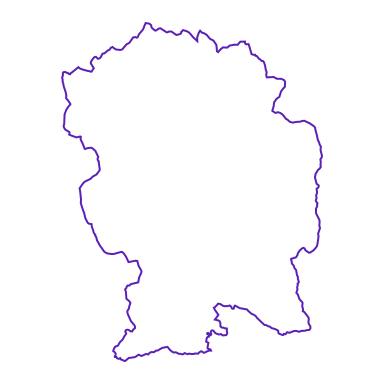 outline of Dien Bien Dong, Điện Biên, Vietnam
{"feature_id": "81297802B35707987060986", "entity_name": "Dien Bien Dong", "entity_type": "district", "adm_level": 2, "iso_a3": "VNM", "parent_name": "Vietnam", "parent_adm1": "Điện Biên", "projection": "natural_earth1", "projection_center": [103.27, 21.233], "detail": "fine", "context": "isolated", "style": "outline", "palette": "violet", "viewbox_px": 384, "rotation_deg": 0, "n_neighbors": 0, "source": "geoboundaries", "source_scale": "gbopen_adm2", "svg_char_len": 5906}
<svg xmlns="http://www.w3.org/2000/svg" viewBox="0 0 384 384"><path d="M78.4,67.2L71.2,73.0L70.5,73.3L70.3,74.0L70.0,74.3L69.2,74.1L67.6,72.8L66.6,72.8L65.3,72.0L63.4,72.2L62.9,73.0L62.9,75.5L62.1,77.6L62.7,79.9L62.6,81.8L63.2,83.3L63.8,86.6L65.7,92.2L66.3,95.7L66.1,98.2L68.3,100.8L70.4,104.0L70.3,104.6L68.9,105.9L66.4,109.6L64.6,114.2L64.2,123.9L63.6,126.3L64.3,128.1L65.4,129.7L69.3,132.0L69.6,132.5L69.2,134.6L69.4,134.8L76.4,137.4L80.1,136.5L80.7,136.6L80.9,137.0L80.6,138.1L80.7,139.7L82.4,143.0L84.7,148.8L85.2,149.0L87.6,148.1L91.1,147.7L92.3,148.2L95.4,150.9L98.3,157.1L97.7,158.2L97.6,159.7L98.9,161.8L98.7,162.2L99.8,169.6L99.4,170.6L96.5,174.5L92.7,176.6L90.6,178.8L84.5,181.8L82.8,183.7L79.6,188.3L80.2,191.7L81.0,199.4L80.8,203.2L82.9,209.8L84.1,212.9L85.3,218.0L87.3,222.1L88.1,223.1L89.0,223.7L91.6,224.1L91.8,226.8L93.1,230.1L93.8,232.9L95.3,234.8L95.2,235.7L96.1,236.8L97.0,240.3L99.7,245.2L104.4,251.9L107.2,253.4L112.1,254.1L114.0,253.9L121.3,251.9L122.1,252.0L123.7,253.3L126.1,256.8L128.5,262.1L135.7,260.7L137.3,261.0L138.7,266.1L141.2,270.4L141.5,271.2L141.2,273.1L140.1,275.2L139.1,277.7L138.2,282.4L130.9,284.1L129.5,285.5L127.7,285.5L126.8,286.5L126.3,288.0L125.1,289.4L125.9,291.8L126.4,298.8L128.9,300.8L130.1,302.3L130.4,303.1L129.3,306.2L128.9,308.6L127.3,311.0L127.5,313.3L130.9,321.1L134.6,325.5L134.9,326.5L135.1,328.0L133.3,329.5L132.1,331.5L130.5,331.2L128.5,329.9L127.6,329.7L126.1,330.0L125.6,330.6L125.3,331.8L126.2,333.1L126.2,333.7L124.0,336.8L122.8,339.4L119.9,342.2L117.9,345.7L115.2,346.6L113.9,348.8L113.2,351.0L114.9,352.4L115.7,353.8L115.7,354.8L114.9,356.4L114.9,357.0L116.4,357.0L117.0,358.2L117.8,358.6L119.3,358.8L120.2,358.1L121.1,359.6L122.8,360.1L124.2,360.9L125.2,361.0L128.7,358.0L134.5,357.2L135.7,356.7L138.6,354.7L141.5,356.0L145.9,354.0L148.4,354.4L149.0,353.4L151.0,352.1L154.0,352.1L155.9,350.7L157.7,350.5L162.2,347.9L167.2,346.9L167.9,347.3L170.0,350.0L172.4,351.9L173.7,352.5L175.9,352.3L179.0,353.9L180.5,353.8L182.3,354.4L183.2,354.2L184.5,353.1L187.6,354.2L189.1,353.6L191.0,354.0L193.7,354.0L194.8,353.5L198.2,353.6L199.5,352.2L201.1,351.3L201.7,351.3L203.1,352.4L204.2,352.8L208.1,350.9L209.1,350.6L211.0,350.6L210.7,349.8L210.0,349.3L207.7,348.5L207.5,347.7L208.4,342.7L206.5,341.9L206.1,341.3L206.9,337.7L207.5,337.1L209.0,336.6L209.3,336.0L208.6,334.9L207.2,334.0L207.2,333.4L207.5,333.0L208.2,333.0L209.5,334.1L210.8,334.9L211.3,334.0L210.7,332.8L210.8,331.9L211.5,330.5L212.2,330.4L213.6,330.8L214.9,332.7L216.4,333.7L219.0,334.5L221.1,334.1L222.7,335.4L226.2,335.1L227.1,333.8L227.2,332.1L226.8,330.9L226.9,328.9L226.7,328.4L224.8,328.3L223.2,327.6L221.9,327.6L221.0,327.0L220.4,326.3L220.4,323.1L219.6,321.2L218.1,320.4L214.9,319.6L218.4,314.9L214.8,309.7L213.9,307.7L215.1,307.0L217.4,304.6L217.8,303.8L218.3,303.7L220.2,304.0L223.2,305.9L224.1,306.1L227.6,306.1L229.7,305.5L231.2,306.7L231.9,308.4L233.2,308.8L233.6,308.7L233.8,308.2L234.6,305.8L235.1,305.6L239.7,308.1L247.1,309.5L248.2,310.9L251.3,313.6L254.4,315.1L255.8,316.2L257.1,318.0L264.4,324.9L266.4,325.2L268.5,326.4L269.8,326.6L271.7,328.1L274.9,329.0L277.5,330.2L278.2,331.0L278.4,333.0L279.1,333.7L282.8,335.1L283.6,334.7L283.9,333.9L285.5,334.1L287.2,332.2L289.4,332.8L293.5,331.2L295.2,330.9L296.8,331.0L298.8,331.8L301.5,330.9L305.3,330.7L306.9,330.1L309.3,329.9L310.1,329.0L310.4,328.3L310.3,326.1L308.8,324.0L308.4,322.0L308.8,319.3L308.5,317.5L304.4,312.1L302.8,311.2L303.1,309.6L302.2,306.0L302.6,303.4L302.3,302.3L299.4,299.1L297.8,294.3L296.4,292.9L296.4,292.5L297.5,289.4L297.1,287.5L297.8,285.2L297.5,283.8L298.7,282.4L298.8,281.8L297.9,279.0L297.8,276.6L297.0,275.2L296.1,270.1L294.5,268.1L293.7,265.5L291.9,263.6L291.6,260.9L291.0,259.7L291.2,258.8L295.9,257.4L297.4,255.2L297.7,253.8L298.6,252.0L300.8,249.4L302.7,248.0L303.5,247.9L304.6,248.4L305.4,250.1L306.2,250.9L309.0,252.7L310.0,252.7L313.8,250.1L316.3,247.1L316.9,246.1L317.3,244.9L318.4,237.7L318.5,235.9L318.1,233.7L320.0,228.0L319.9,227.3L319.3,226.0L319.6,221.9L319.4,219.9L316.4,214.1L316.0,212.9L316.0,208.7L317.2,206.2L317.0,204.7L317.5,203.7L317.4,203.0L316.2,201.6L315.8,200.6L316.1,199.4L316.6,198.3L316.1,195.6L317.1,192.7L316.6,188.8L318.4,187.4L318.8,185.8L318.5,185.2L316.6,183.8L314.9,177.2L315.7,173.7L318.3,169.5L319.4,169.0L320.8,166.9L320.5,165.2L320.8,162.3L320.4,159.3L321.9,157.1L321.9,155.5L320.7,150.8L320.6,148.7L320.9,146.5L319.8,144.9L319.1,142.4L317.9,140.1L316.8,134.9L315.3,129.3L315.2,128.0L314.2,126.4L309.7,123.3L304.4,120.8L302.5,120.9L300.0,121.7L296.5,121.9L292.7,122.6L290.7,122.1L289.5,121.5L287.4,119.6L286.0,118.9L282.8,114.8L280.4,113.0L277.9,112.2L276.1,112.8L275.1,112.8L272.3,110.8L273.6,106.5L274.1,102.4L276.6,98.8L279.4,96.8L281.0,91.5L283.0,88.8L284.9,86.7L285.1,81.8L284.1,80.1L281.1,78.8L276.9,78.8L273.6,77.0L266.9,77.4L266.6,77.0L266.2,74.6L266.7,72.2L265.9,70.2L265.0,65.4L263.9,62.1L262.9,61.0L261.6,60.9L260.1,59.4L259.2,59.0L256.7,56.0L255.5,55.8L255.2,54.8L253.5,54.8L251.6,54.2L248.8,44.6L248.4,44.1L246.7,44.3L245.6,44.1L244.9,42.7L245.0,41.6L240.3,41.7L237.6,44.8L234.3,44.7L229.6,45.6L227.3,47.6L223.0,47.4L220.5,49.4L218.1,52.1L217.0,51.4L216.4,45.0L213.5,40.6L210.0,38.8L206.8,35.0L204.0,33.2L202.0,32.7L200.1,30.7L198.9,32.5L197.2,37.3L197.3,41.1L193.1,37.2L190.4,33.9L188.6,32.2L186.7,31.2L183.0,30.1L181.8,31.6L181.2,32.0L181.2,32.8L180.3,34.0L176.4,35.0L171.4,31.5L169.1,31.5L167.3,32.3L166.6,32.3L160.4,28.3L159.3,28.4L155.7,30.6L155.1,30.6L152.2,28.2L151.4,27.1L151.2,25.2L149.5,23.7L145.7,23.0L144.6,25.3L143.2,29.2L138.9,34.4L137.6,37.3L136.7,37.7L135.4,37.1L133.1,37.4L129.5,42.7L126.5,44.4L122.3,49.3L121.3,49.8L120.0,49.9L116.1,49.5L114.3,48.5L112.6,47.0L110.8,47.8L109.6,49.7L107.9,50.4L104.5,53.3L102.5,53.7L100.6,57.5L98.6,58.8L97.8,58.7L96.0,56.9L95.2,56.9L94.3,57.2L92.4,59.5L90.8,62.2L91.0,63.7L93.8,68.2L91.5,71.7L87.2,70.8L81.6,69.2L79.4,68.2L78.4,67.2Z" fill="none" stroke="#5b21b6" stroke-width="2"/></svg>